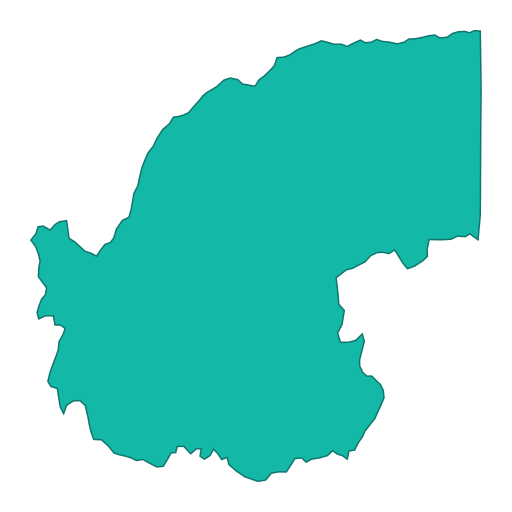 São Gabriel da Palha, Espírito Santo, Brazil (Equal Earth projection)
{"feature_id": "56859067B16425031458349", "entity_name": "São Gabriel da Palha", "entity_type": "district", "adm_level": 2, "iso_a3": "BRA", "parent_name": "Brazil", "parent_adm1": "Espírito Santo", "projection": "equal_earth", "projection_center": [-40.521, -18.954], "detail": "fine", "context": "isolated", "style": "filled", "palette": "teal", "viewbox_px": 512, "rotation_deg": 0, "n_neighbors": 0, "source": "geoboundaries", "source_scale": "gbopen_adm2", "svg_char_len": 2792}
<svg xmlns="http://www.w3.org/2000/svg" viewBox="0 0 512 512"><path d="M190.7,453.7L196.5,448.8L201.3,448.8L200.0,456.1L204.5,459.2L210.2,455.4L213.4,449.2L217.7,453.5L221.7,459.5L227.1,457.5L228.9,464.6L236.6,471.2L244.9,476.8L251.8,479.2L257.8,481.3L265.8,480.0L271.2,473.3L278.0,471.9L286.3,471.9L291.2,464.6L294.9,458.6L301.7,457.9L306.2,462.2L311.4,459.2L319.9,457.8L327.4,455.6L332.6,450.7L337.4,454.1L342.3,455.6L347.3,459.1L349.0,450.9L354.6,450.1L358.1,443.0L362.6,436.4L365.1,430.8L370.0,424.7L375.0,418.3L377.5,412.4L380.4,406.3L384.0,397.9L383.3,390.5L380.5,384.6L376.0,380.4L371.8,376.1L366.8,376.1L362.8,372.5L359.7,366.1L359.6,359.8L361.6,352.0L364.3,341.3L362.3,334.0L355.8,340.3L348.8,342.3L340.4,342.3L337.6,332.9L341.9,324.8L343.1,317.8L344.3,310.5L338.7,304.2L338.1,295.1L337.1,286.1L336.1,277.7L346.2,269.9L352.6,268.3L359.3,264.7L365.0,261.9L370.8,255.5L377.5,252.5L383.0,252.3L389.0,253.6L394.6,249.9L398.2,255.5L402.7,263.0L407.5,268.7L414.4,266.2L422.6,260.9L427.4,256.3L427.1,249.1L429.2,239.5L435.7,239.7L442.7,239.7L451.1,239.2L457.6,236.1L465.1,236.7L469.8,233.8L478.0,239.7L480.3,214.7L480.8,118.5L481.1,91.8L480.3,31.1L474.3,30.7L469.6,32.8L464.9,31.4L458.2,31.8L452.4,33.5L447.4,37.1L440.0,38.0L434.7,35.0L428.7,35.8L422.0,37.5L415.0,38.8L408.7,39.1L404.2,42.2L397.3,43.9L389.3,42.1L382.1,41.4L376.6,39.5L371.3,42.2L365.3,42.7L360.4,40.1L353.6,43.1L347.2,46.5L341.3,44.2L333.8,44.2L327.2,42.2L321.2,40.8L316.6,43.1L311.7,44.8L305.5,46.8L299.2,48.9L294.5,51.6L289.5,55.1L283.5,57.2L277.1,57.6L274.4,65.6L269.5,70.9L264.3,76.0L259.1,79.7L255.0,86.3L247.1,84.8L242.4,84.0L237.9,79.7L230.4,78.0L223.9,80.1L216.7,86.7L211.7,89.7L206.9,92.5L203.0,95.7L199.5,100.2L193.5,106.8L188.5,112.8L183.2,115.2L178.5,116.5L173.5,117.1L169.3,123.9L162.6,129.6L157.2,138.0L153.2,146.3L148.0,153.0L144.9,160.1L141.9,167.8L139.8,176.5L137.8,185.9L133.9,193.5L132.1,204.2L130.9,210.6L128.9,217.3L122.4,220.4L116.4,229.1L113.9,237.8L110.4,242.5L105.0,244.4L100.5,250.2L96.5,256.2L91.2,253.3L84.9,251.2L75.0,242.1L69.0,238.2L67.7,228.4L66.5,220.7L59.5,221.7L55.1,224.5L50.1,230.1L43.3,226.1L38.1,226.7L35.9,233.8L30.9,240.1L35.6,246.5L38.4,253.9L40.1,261.0L38.8,267.9L38.4,276.7L46.6,287.8L45.4,294.7L41.6,299.1L38.8,306.5L37.1,312.8L38.8,318.9L45.3,315.8L53.4,315.8L55.0,324.9L60.9,325.2L65.2,328.6L63.0,334.6L59.0,341.7L58.3,349.7L56.3,355.4L53.3,363.4L49.9,372.8L47.9,381.5L50.9,386.5L57.4,388.5L58.5,396.2L60.3,407.0L63.6,413.6L66.6,405.3L73.3,400.9L80.0,400.6L85.3,405.6L88.0,417.3L89.3,424.4L90.7,430.7L93.7,439.4L101.5,439.8L108.5,446.2L114.1,453.1L119.4,454.8L125.4,456.1L130.9,457.8L136.6,460.5L142.9,459.5L149.8,463.3L156.8,466.9L163.3,466.3L167.6,459.2L171.1,452.8L175.7,452.6L177.3,446.4L183.8,446.4L190.7,453.7Z" fill="#14b8a6" stroke="#0f766e" stroke-width="1.5"/></svg>